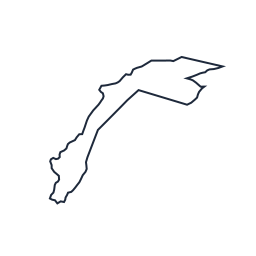 Abreu e Lima, Pernambuco, Brazil, rotated 120°
{"feature_id": "56859067B28528753412154", "entity_name": "Abreu e Lima", "entity_type": "district", "adm_level": 2, "iso_a3": "BRA", "parent_name": "Brazil", "parent_adm1": "Pernambuco", "projection": "albers", "projection_center": [-34.996, -7.866], "detail": "fine", "context": "isolated", "style": "outline", "palette": "slate", "viewbox_px": 256, "rotation_deg": 120, "n_neighbors": 0, "source": "geoboundaries", "source_scale": "gbopen_adm2", "svg_char_len": 1525}
<svg xmlns="http://www.w3.org/2000/svg" viewBox="0 0 256 256"><g transform="rotate(120 128 128)"><path d="M89.9,137.8L78.3,88.5L74.5,85.9L70.1,84.3L67.1,83.4L64.0,84.2L61.2,84.5L56.6,83.7L54.0,82.6L55.9,85.8L54.7,91.8L54.3,95.7L54.6,98.0L55.6,101.9L51.3,98.0L47.3,94.8L44.7,92.9L42.8,91.0L41.1,89.0L38.5,88.2L36.5,86.7L34.0,83.1L30.9,79.8L27.4,76.9L38.3,112.5L39.7,117.1L42.9,119.2L47.4,122.2L48.4,125.1L53.5,133.7L58.0,141.5L62.1,143.7L67.9,146.9L71.4,150.3L73.1,151.6L74.9,152.8L78.2,152.4L80.5,152.4L81.8,154.5L82.4,156.6L86.7,157.8L91.6,158.7L93.7,159.7L95.6,161.1L97.8,163.7L99.2,165.2L101.0,167.1L102.9,169.5L104.7,172.1L109.3,172.0L110.3,169.5L110.5,167.1L112.7,165.0L115.0,164.5L117.7,164.8L119.9,164.9L122.6,165.2L130.1,166.9L137.7,167.7L142.1,167.3L149.4,165.8L152.5,165.3L156.2,164.6L157.8,167.1L161.8,167.8L165.0,167.9L169.7,171.2L172.0,172.0L174.4,171.6L176.5,171.1L179.4,172.1L182.7,174.5L185.2,174.0L187.3,172.6L189.5,173.2L191.0,174.9L191.3,177.8L193.7,179.1L195.8,178.7L198.3,175.6L201.0,174.0L202.9,170.0L203.4,167.1L204.0,164.0L207.1,161.9L209.4,161.9L211.6,163.1L214.0,162.9L218.3,161.1L221.2,160.3L224.4,161.1L228.1,160.4L228.0,157.9L227.1,155.1L228.6,151.5L225.2,149.6L224.1,146.4L221.5,146.5L219.4,147.3L216.3,147.3L214.0,147.6L211.7,145.2L209.4,144.5L205.9,143.9L202.6,143.5L199.3,143.0L195.8,143.2L191.5,143.6L187.2,142.9L184.1,143.3L181.4,145.2L178.6,147.3L173.6,148.5L166.7,149.6L144.7,153.1L129.7,149.1L111.4,144.3L104.3,142.5L89.9,137.8Z" fill="none" stroke="#1e293b" stroke-width="2"/></g></svg>